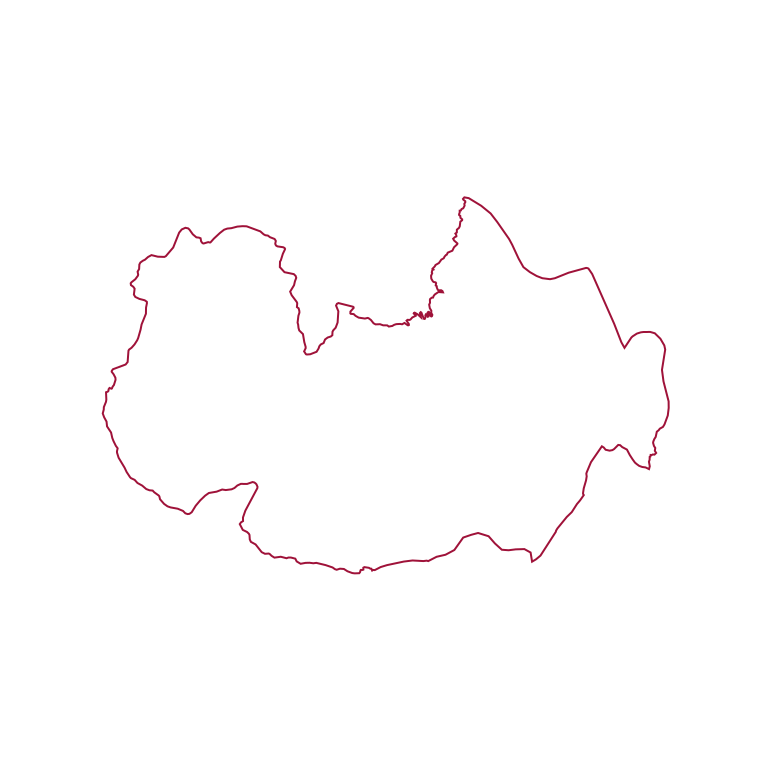 Paksxong, Champasak, Laos (orthographic projection), rotated 157°
{"feature_id": "54806243B99884801714166", "entity_name": "Paksxong", "entity_type": "district", "adm_level": 2, "iso_a3": "LAO", "parent_name": "Laos", "parent_adm1": "Champasak", "projection": "orthographic", "projection_center": [106.383, 15.076], "detail": "fine", "context": "isolated", "style": "outline", "palette": "rose", "viewbox_px": 768, "rotation_deg": 157, "n_neighbors": 0, "source": "geoboundaries", "source_scale": "gbopen_adm2", "svg_char_len": 6166}
<svg xmlns="http://www.w3.org/2000/svg" viewBox="0 0 768 768"><g transform="rotate(157 384 384)"><path d="M148.6,349.5L149.4,403.9L150.7,410.4L151.5,411.2L152.6,411.9L170.5,414.3L185.4,414.6L190.2,415.6L196.9,419.5L201.3,423.8L206.0,430.0L210.0,437.1L211.1,446.9L211.6,462.0L212.2,468.6L216.5,489.0L219.2,499.3L224.9,510.1L233.4,522.0L237.1,524.4L239.0,523.5L239.0,522.8L237.8,520.5L238.1,519.6L239.7,518.4L240.1,516.7L242.4,514.8L244.3,514.7L245.5,513.7L246.6,514.0L247.3,512.3L248.6,510.9L248.8,510.0L248.1,509.0L248.7,507.1L247.7,505.0L248.1,504.2L250.3,503.6L252.7,499.5L254.0,498.4L256.6,497.6L257.8,495.0L259.5,494.6L259.3,492.7L259.7,491.6L261.5,491.5L263.6,490.7L263.4,488.7L261.5,484.7L262.0,484.0L266.1,482.5L269.0,480.0L274.0,480.0L275.7,478.5L276.6,478.5L278.5,477.6L279.9,476.4L282.6,476.1L286.2,473.9L290.1,473.4L291.3,472.4L294.2,471.2L293.8,470.0L295.0,470.0L296.4,468.1L296.3,467.2L298.4,465.2L299.3,462.5L298.9,459.3L298.3,458.4L296.8,457.4L296.6,456.5L297.9,454.5L297.2,453.4L297.7,452.3L297.7,449.8L297.2,448.9L294.8,448.0L293.9,446.8L293.9,445.3L298.0,447.4L302.1,446.6L303.7,445.8L305.1,444.4L306.2,444.8L308.2,444.3L308.9,443.5L309.9,440.8L311.4,439.4L312.2,435.9L311.8,433.0L312.7,431.1L312.5,428.7L313.4,427.7L314.1,427.7L314.5,428.4L314.4,432.0L314.5,432.9L315.0,433.1L315.9,432.7L315.9,430.4L316.7,428.8L317.4,428.8L317.6,431.7L318.1,431.9L319.1,431.0L319.7,429.2L321.0,428.0L321.5,428.1L321.9,428.6L321.7,435.1L322.1,435.8L323.2,435.3L324.0,431.0L325.8,435.0L327.9,437.7L328.7,437.7L329.1,437.3L327.9,434.7L328.0,434.4L331.9,434.2L334.5,433.0L335.5,433.0L337.3,433.9L338.5,433.5L337.7,429.6L338.0,428.6L338.6,428.5L339.2,428.8L341.3,432.2L344.0,431.9L345.7,433.0L349.3,434.3L351.5,434.5L353.7,434.2L357.1,435.0L358.1,436.7L361.8,438.3L364.3,440.6L368.5,442.2L369.9,444.0L371.0,448.0L372.5,450.6L373.2,451.2L376.0,451.7L381.4,455.0L383.6,457.9L384.6,460.2L387.2,461.6L387.4,462.1L386.6,463.8L382.2,465.9L382.0,466.6L382.4,467.3L394.3,476.3L396.0,476.2L397.5,474.9L397.6,468.8L402.7,458.7L406.5,454.7L409.8,453.2L411.0,452.2L412.5,449.1L414.4,448.5L417.7,448.8L420.9,448.0L423.6,445.3L426.8,445.1L428.8,444.0L430.4,442.2L433.5,440.0L440.3,440.2L443.5,441.3L444.2,441.9L444.8,445.2L442.1,447.6L441.6,448.9L441.0,453.7L439.1,461.6L441.1,466.4L440.8,469.0L439.8,472.3L439.6,474.2L436.1,480.3L434.0,482.7L433.4,484.3L433.0,487.0L434.1,488.8L432.3,492.3L432.3,493.7L434.3,501.8L434.3,505.7L428.2,510.1L425.8,513.4L423.3,516.0L423.1,518.0L424.1,520.4L431.9,525.8L434.2,532.3L431.9,537.3L430.7,538.1L426.2,543.4L422.7,546.5L422.3,547.0L422.4,548.1L423.4,549.3L428.3,552.3L429.2,553.5L429.4,554.8L429.2,555.8L427.7,557.9L427.9,559.8L428.3,560.5L431.6,563.7L432.9,566.0L435.1,567.3L436.3,568.8L438.2,572.8L448.8,582.8L452.4,584.5L457.5,586.2L463.7,587.1L467.5,588.3L470.9,588.5L476.1,587.1L483.8,584.3L488.3,582.2L488.9,582.2L490.4,583.3L495.1,583.8L496.0,584.5L496.6,586.7L495.9,589.8L497.1,591.0L499.4,592.3L501.5,596.5L502.8,602.3L503.5,603.8L505.8,605.4L509.8,605.3L513.4,603.4L524.7,592.0L534.9,586.9L536.5,586.8L542.5,589.6L547.7,593.5L551.6,593.1L555.5,591.8L557.8,591.7L560.8,591.0L562.5,589.6L564.5,585.5L566.9,583.7L567.6,580.6L568.3,579.8L572.0,577.6L576.8,576.3L577.8,575.7L578.3,573.9L576.8,571.5L576.3,569.2L579.3,564.0L578.9,561.3L575.9,557.9L571.6,554.6L570.2,552.4L570.6,551.1L573.2,547.3L575.7,541.7L583.9,533.5L586.8,529.2L592.3,522.4L594.1,520.7L598.2,517.9L602.2,516.0L605.2,515.3L606.2,514.5L611.4,504.4L614.2,502.9L627.7,503.5L629.4,502.5L629.9,501.7L629.1,498.6L628.8,494.7L629.5,492.7L633.0,488.6L634.8,487.6L636.2,486.2L636.8,486.2L638.2,487.6L639.5,486.8L640.4,485.3L641.3,484.9L643.1,485.0L645.7,478.1L646.9,476.2L650.9,472.2L652.0,469.9L654.4,466.8L654.6,462.7L654.1,457.8L655.5,453.2L654.2,446.0L655.2,440.5L655.3,437.0L655.0,431.8L654.3,428.9L656.1,426.4L656.6,425.0L657.1,419.8L655.5,408.4L655.3,403.6L654.2,397.5L653.7,396.2L651.0,393.2L649.6,389.2L646.3,385.0L643.9,380.2L641.4,377.8L638.6,376.3L637.8,374.1L634.9,369.3L634.7,368.3L635.2,365.4L633.3,359.6L631.1,356.0L628.7,353.8L622.6,349.8L618.6,345.7L617.4,342.6L615.6,341.0L613.8,340.5L611.1,341.1L604.9,345.5L598.6,348.7L592.3,351.1L587.8,352.1L580.1,350.3L574.2,350.1L571.1,348.2L565.4,346.6L562.3,346.7L558.6,347.9L554.8,348.0L549.1,345.5L543.3,345.1L541.8,344.0L541.1,342.8L540.6,341.5L540.6,338.8L541.3,337.6L561.1,321.6L566.0,316.2L567.3,312.9L569.7,312.5L571.5,311.4L571.0,304.9L567.9,301.3L566.9,299.0L566.8,297.6L568.3,293.3L568.2,290.7L564.9,286.5L562.3,277.0L559.9,274.2L556.4,273.0L555.7,272.3L554.6,269.7L552.7,267.0L546.5,265.3L541.8,261.7L539.7,261.6L537.6,260.7L533.9,257.9L533.7,254.8L531.0,251.1L526.1,250.0L522.5,248.6L519.1,246.6L516.2,245.8L508.5,240.1L503.0,235.2L501.5,232.7L500.1,231.5L496.7,231.2L493.2,229.4L490.8,225.9L487.1,222.4L485.1,221.2L480.7,219.5L479.5,220.2L478.4,221.7L478.0,221.9L476.3,221.2L475.5,221.2L474.8,223.0L473.6,223.1L469.7,220.7L468.8,219.4L467.8,218.9L467.8,216.9L466.7,217.1L465.2,216.3L458.6,216.8L452.0,216.1L435.1,212.8L426.7,210.4L416.9,205.6L413.7,204.7L412.5,203.7L403.1,204.4L394.1,202.8L384.1,203.7L371.1,211.7L362.6,211.1L355.6,210.1L347.2,203.0L344.2,193.9L340.3,185.4L334.3,182.3L327.3,180.3L319.3,177.2L314.9,171.6L317.1,162.6L312.6,163.2L307.0,164.9L283.6,180.8L282.9,181.8L280.8,183.3L267.7,190.2L261.2,192.7L253.3,198.1L249.1,200.2L243.5,203.7L243.7,205.1L243.3,206.0L240.9,209.9L235.7,216.3L233.5,219.8L232.8,222.4L231.9,223.5L224.0,231.2L207.8,241.5L206.5,239.6L205.7,236.9L202.4,234.5L199.6,233.9L197.6,234.2L192.2,236.4L190.5,235.4L189.4,232.9L186.0,228.7L185.5,222.6L184.6,217.5L183.7,213.6L182.7,211.6L181.1,208.9L178.7,206.7L175.8,205.0L173.3,202.1L171.5,204.4L170.5,208.9L169.1,210.5L167.9,213.1L167.2,213.1L166.3,214.5L165.5,214.0L164.1,214.1L162.6,213.3L160.4,214.2L160.8,216.7L159.3,219.1L159.7,221.5L159.3,224.7L158.6,225.8L156.7,227.7L154.6,229.1L151.5,233.5L149.3,234.1L147.6,235.1L144.0,235.5L141.6,237.2L135.1,244.1L131.3,250.7L128.8,256.8L125.7,277.2L122.6,288.4L111.7,305.8L110.9,310.0L111.9,317.7L114.9,324.9L118.6,327.9L124.9,330.5L127.4,331.2L131.5,331.6L136.6,330.7L138.2,330.1L148.5,323.3L149.2,329.7L148.6,349.5Z" fill="none" stroke="#9f1239" stroke-width="2"/></g></svg>